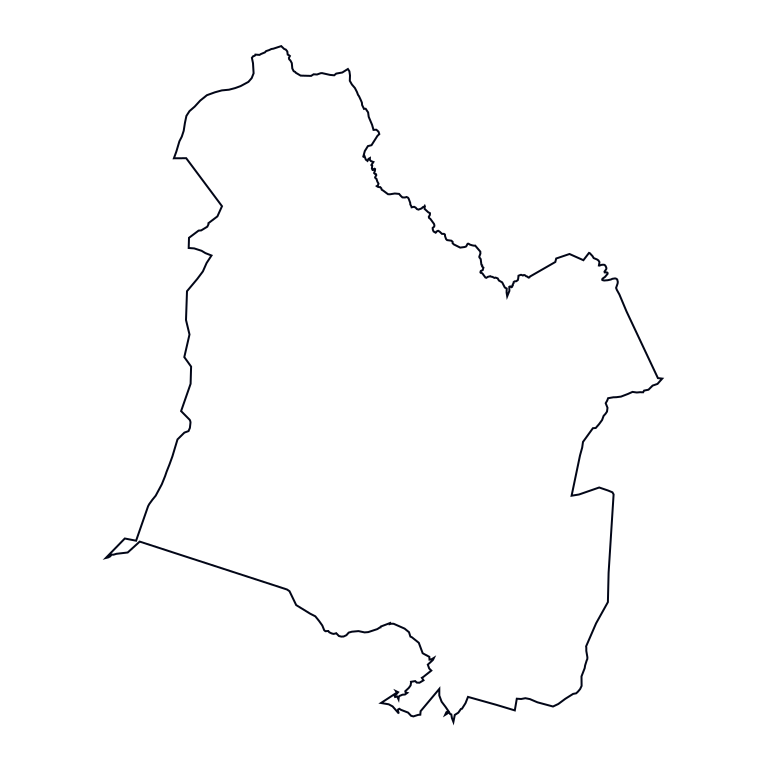 Ixtapan del Oro, México, Mexico (Mercator projection)
{"feature_id": "50627088B38123449736232", "entity_name": "Ixtapan del Oro", "entity_type": "district", "adm_level": 2, "iso_a3": "MEX", "parent_name": "Mexico", "parent_adm1": "México", "projection": "mercator", "projection_center": [-100.269, 19.262], "detail": "fine", "context": "isolated", "style": "outline", "palette": "ink", "viewbox_px": 768, "rotation_deg": 0, "n_neighbors": 0, "source": "geoboundaries", "source_scale": "gbopen_adm2", "svg_char_len": 6069}
<svg xmlns="http://www.w3.org/2000/svg" viewBox="0 0 768 768"><path d="M251.9,57.8L253.0,63.2L253.6,73.3L251.7,78.1L248.4,81.9L240.6,86.1L235.1,88.1L229.0,89.7L221.8,90.4L214.9,92.3L206.9,95.2L200.2,100.6L194.7,106.6L189.5,111.1L186.4,115.9L184.9,123.1L183.7,130.8L181.8,136.6L179.4,141.3L176.3,151.7L173.9,158.3L186.2,158.2L222.0,206.2L217.4,216.4L208.4,223.2L208.5,224.2L207.3,226.7L201.2,230.4L198.6,230.6L189.0,237.8L188.7,248.0L194.2,248.4L201.6,250.8L205.4,253.1L211.5,255.5L206.6,263.0L202.9,271.4L197.3,278.9L187.0,291.2L186.0,320.0L189.5,334.5L184.3,357.1L191.1,366.6L190.6,383.8L181.1,411.1L189.7,419.8L190.3,421.2L190.5,422.5L189.9,427.9L188.5,431.1L184.4,432.6L177.5,439.4L172.4,456.4L169.5,464.4L166.6,471.7L165.1,476.1L161.8,484.3L155.7,495.7L152.5,499.6L149.3,504.0L148.1,506.2L136.1,540.7L124.8,538.5L105.8,558.0L108.2,557.4L110.1,556.4L111.6,554.7L113.5,554.7L116.5,553.8L127.7,552.5L139.7,541.6L287.0,589.5L289.5,591.2L296.2,605.1L310.2,613.7L315.3,616.3L319.1,621.0L322.3,625.5L324.2,630.2L325.4,631.2L328.3,631.0L329.3,632.3L331.6,633.4L333.4,633.9L335.2,633.6L336.2,633.2L338.9,636.0L341.3,636.6L343.6,636.5L346.4,635.2L348.7,632.6L351.9,631.7L358.5,631.1L364.6,632.4L368.2,632.1L377.3,629.1L380.4,627.1L380.6,627.2L380.9,626.5L389.9,623.1L389.8,624.1L391.2,623.7L393.7,623.8L404.6,628.6L409.0,632.2L410.4,636.6L411.8,637.2L418.8,642.8L422.7,653.3L429.3,656.8L429.5,659.6L431.8,659.2L433.9,657.9L433.0,659.8L432.0,660.8L427.8,664.6L429.2,668.5L431.3,670.6L422.8,677.3L421.9,677.8L423.5,680.3L419.5,682.7L416.8,682.6L415.2,681.1L411.0,681.8L411.1,682.2L410.6,685.4L408.8,687.9L405.3,691.2L405.6,692.4L407.2,692.9L405.0,694.5L402.5,694.7L399.4,696.0L398.8,696.8L398.5,699.3L397.2,696.5L395.1,697.0L394.4,695.3L396.1,694.5L398.1,692.2L396.0,691.2L396.9,692.6L381.0,703.0L388.7,704.3L392.6,706.4L398.8,713.5L397.8,710.4L398.1,709.5L399.3,708.8L400.9,709.8L408.1,712.6L411.1,715.8L413.4,716.4L418.1,714.9L420.3,714.7L420.6,711.2L439.3,688.9L439.3,695.5L441.6,701.7L445.6,707.0L448.4,711.1L446.4,712.2L445.2,714.8L449.2,712.3L450.0,713.9L451.3,714.4L451.9,718.0L453.4,721.9L454.8,714.9L458.3,712.7L460.9,709.0L462.0,708.7L465.5,703.2L468.0,696.9L496.2,704.8L514.8,710.4L516.8,698.7L521.1,699.0L525.4,698.2L529.9,699.1L537.4,702.3L553.0,706.5L558.3,704.0L565.3,698.8L573.1,693.9L576.2,693.3L577.9,691.7L580.1,689.1L581.6,685.9L581.5,676.4L584.7,668.1L585.1,665.5L586.7,660.4L587.3,659.1L587.4,657.3L586.3,650.9L586.3,647.7L586.1,646.4L596.1,623.3L607.9,602.1L608.6,572.8L613.6,494.4L612.4,492.3L608.0,490.5L599.2,487.5L579.0,494.5L571.6,495.7L580.0,455.5L582.2,447.5L583.0,441.9L592.9,428.2L595.7,428.0L599.1,424.1L602.1,420.0L603.6,415.9L605.5,413.8L607.0,411.6L607.5,407.8L605.7,403.2L607.2,400.6L608.1,398.2L613.3,397.3L616.3,397.2L621.0,396.6L627.8,394.0L632.5,391.9L636.8,392.5L640.1,392.2L643.1,392.3L644.1,390.6L648.5,389.7L652.6,385.6L657.5,383.9L662.2,378.6L657.9,378.1L626.5,311.4L619.4,294.5L616.8,289.8L616.1,287.9L617.6,283.5L617.8,281.9L617.2,279.5L616.4,278.8L615.1,278.4L612.4,278.8L610.9,279.5L607.8,280.2L604.2,280.5L602.8,280.2L602.2,279.8L602.5,278.7L605.1,276.8L607.6,273.8L607.6,273.0L606.9,272.4L604.7,272.4L604.5,271.6L606.2,269.2L606.4,268.4L606.3,267.7L605.7,266.2L604.6,264.9L603.2,264.7L601.3,264.9L599.5,265.6L598.9,265.5L599.4,262.7L599.4,262.0L598.4,260.4L596.9,259.4L593.7,258.1L592.5,256.1L589.8,253.2L589.0,252.9L583.4,260.2L569.5,254.0L556.2,258.5L555.3,262.0L529.7,276.7L529.4,277.4L528.5,277.6L526.9,276.4L526.2,276.3L525.0,275.3L524.0,275.0L522.9,275.5L521.5,274.9L520.6,274.9L518.5,275.7L518.2,278.6L517.8,280.1L516.3,281.2L514.5,281.4L513.6,282.2L513.6,283.1L512.7,284.6L512.8,285.5L512.2,285.9L512.1,286.8L511.5,287.2L510.2,286.4L509.3,286.8L509.4,290.9L507.2,296.3L506.6,292.5L506.7,288.5L504.8,287.5L502.2,282.4L498.9,280.5L497.7,278.4L495.6,277.6L494.4,277.9L492.5,276.9L490.9,276.6L490.3,276.2L487.7,276.9L486.4,277.8L485.4,277.5L482.6,273.7L481.5,272.8L480.7,272.8L480.4,272.2L480.8,271.0L482.7,270.1L483.4,267.6L482.1,266.5L482.2,265.3L481.4,264.7L480.7,259.1L479.4,257.4L479.3,256.6L480.4,253.6L480.3,251.6L475.2,245.6L474.1,245.7L472.1,245.3L469.9,244.6L468.5,243.7L467.6,243.8L466.2,246.4L464.7,247.0L460.2,247.6L453.8,244.4L452.6,243.2L452.6,241.8L451.4,240.7L447.1,240.1L446.1,239.1L445.1,236.3L444.9,234.5L444.0,233.9L442.0,233.9L439.8,231.8L438.3,230.8L437.7,230.9L436.4,231.6L436.2,232.3L435.6,232.7L433.6,231.5L432.9,229.9L432.7,228.7L432.7,227.9L434.2,226.6L434.4,225.3L434.0,223.9L430.3,218.8L429.5,218.3L429.0,217.8L428.8,216.8L429.8,215.1L430.0,213.8L429.9,213.1L428.3,212.3L424.6,208.9L424.6,207.0L424.9,206.5L424.7,206.0L424.3,206.6L422.8,207.2L421.6,208.4L418.5,209.6L417.0,209.1L415.6,207.6L414.1,206.8L411.6,207.3L411.4,206.5L410.3,204.4L410.2,202.8L408.6,198.5L408.0,197.7L406.6,197.0L404.9,197.5L402.4,197.4L400.8,195.9L399.1,193.9L394.8,193.5L389.9,194.3L388.0,194.2L383.2,190.6L381.7,189.7L381.3,188.3L380.2,187.1L379.4,187.2L377.6,186.7L376.8,186.1L377.9,185.4L378.5,183.7L377.3,181.5L376.5,178.9L375.5,178.2L375.1,177.3L376.3,175.1L376.0,174.2L374.8,173.8L374.1,173.0L374.8,171.3L375.1,169.1L374.6,168.7L373.6,169.1L373.0,170.0L372.6,170.0L371.9,168.6L372.2,165.6L371.4,165.0L373.4,162.0L371.0,161.1L369.8,159.8L369.9,158.1L368.5,158.9L367.5,160.9L365.8,159.6L364.5,156.1L363.6,156.8L363.3,156.6L364.8,151.1L367.9,146.1L371.5,145.2L377.4,135.9L379.3,134.1L378.6,131.9L377.4,130.6L376.2,129.7L373.5,129.9L372.1,124.9L368.7,116.8L368.1,112.4L365.7,108.8L364.6,108.7L364.0,108.9L362.1,105.0L361.9,102.7L361.0,100.5L359.0,96.2L358.0,94.8L357.0,92.1L354.9,88.0L351.9,84.5L349.8,80.8L350.0,75.5L349.4,71.3L347.9,69.0L342.3,72.5L336.2,73.6L334.2,75.3L330.0,74.9L322.0,73.1L320.7,73.2L317.0,74.5L313.6,74.3L311.1,75.9L300.6,75.6L295.7,72.7L295.3,72.0L293.7,71.2L292.3,68.5L291.8,63.1L290.4,60.5L289.2,59.3L288.9,57.9L289.9,56.0L289.2,55.4L287.7,54.6L287.3,51.5L286.8,50.8L285.8,49.6L284.1,48.9L281.2,46.1L273.3,48.7L271.4,49.0L269.1,50.1L266.1,51.1L264.9,52.4L261.0,54.0L259.5,54.9L255.4,54.6L255.1,55.4L254.1,56.0L253.2,56.2L251.9,57.8Z" fill="none" stroke="#020617" stroke-width="2"/></svg>